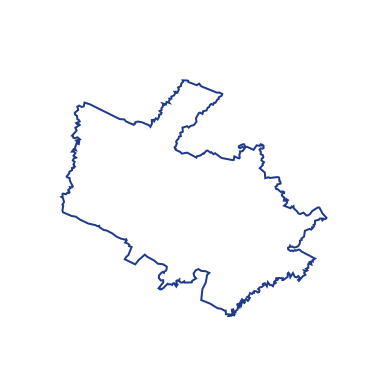 the district of Kota Depok, Jawa Barat, Indonesia, rotated 24°
{"feature_id": "22746128B73481124779947", "entity_name": "Kota Depok", "entity_type": "district", "adm_level": 2, "iso_a3": "IDN", "parent_name": "Indonesia", "parent_adm1": "Jawa Barat", "projection": "orthographic", "projection_center": [106.827, -6.388], "detail": "fine", "context": "isolated", "style": "outline", "palette": "blue", "viewbox_px": 384, "rotation_deg": 24, "n_neighbors": 0, "source": "geoboundaries", "source_scale": "gbopen_adm2", "svg_char_len": 6070}
<svg xmlns="http://www.w3.org/2000/svg" viewBox="0 0 384 384"><g transform="rotate(24 192 192)"><path d="M331.5,202.8L316.2,201.8L314.0,201.0L312.9,201.2L310.6,203.4L309.6,203.2L308.6,204.9L307.3,204.7L305.9,205.8L303.2,205.3L302.4,203.9L303.4,202.7L303.4,201.1L304.6,201.8L306.1,201.0L307.2,201.3L309.3,200.3L311.1,198.1L311.4,195.0L310.4,192.5L311.7,191.1L310.9,190.1L312.5,187.2L310.9,181.5L314.5,177.8L316.1,177.9L316.8,176.5L316.0,175.4L317.0,174.9L317.4,173.6L316.4,172.7L317.4,171.5L316.1,168.2L319.2,165.7L319.5,164.3L322.0,163.2L322.1,164.6L322.7,164.9L323.0,163.6L325.0,162.2L325.4,160.9L319.9,158.5L314.7,154.4L313.2,155.0L309.6,160.4L308.7,164.4L307.1,166.5L306.0,166.9L302.2,165.5L299.7,168.2L297.7,168.3L296.2,167.1L291.6,165.5L290.5,163.7L289.9,165.0L288.9,164.8L288.6,166.8L281.7,167.1L283.0,164.2L283.1,162.4L282.3,161.5L282.9,160.4L281.0,160.1L280.8,162.1L279.4,162.5L278.8,159.7L275.6,158.8L275.1,157.7L275.6,155.9L276.5,155.6L276.3,154.7L274.4,154.6L273.2,155.9L269.1,154.6L267.8,155.1L266.1,153.3L267.3,151.6L266.9,150.4L269.5,148.2L268.2,146.4L267.4,146.5L265.8,143.4L264.2,143.5L257.4,147.5L255.9,147.4L253.3,149.6L250.6,144.6L244.2,142.7L245.8,138.6L245.0,137.9L245.7,135.5L242.6,135.0L242.1,133.0L243.1,131.8L242.8,130.8L241.7,129.5L239.3,129.5L238.7,127.4L236.5,125.9L237.0,124.2L238.8,123.8L239.5,122.7L238.6,120.8L237.1,121.1L237.1,120.2L235.3,120.4L235.0,122.3L232.1,123.1L231.1,128.4L224.0,128.3L222.7,129.1L219.9,127.2L218.3,128.4L216.2,131.1L216.6,132.2L218.0,132.4L220.0,130.1L222.4,131.0L221.5,134.2L219.3,135.4L220.0,136.6L220.1,138.8L221.7,141.2L221.5,142.0L220.5,142.3L216.2,142.2L217.1,145.7L216.2,146.3L205.2,148.9L197.3,147.2L196.2,148.7L193.5,147.8L192.9,148.5L189.4,147.8L188.4,148.4L187.2,152.2L186.6,152.1L184.6,155.5L182.1,157.2L182.0,158.8L171.6,158.0L167.2,161.0L164.9,160.2L160.1,160.1L159.6,159.1L158.9,159.3L157.9,158.1L158.6,156.7L158.4,153.6L157.2,152.9L157.0,151.5L158.0,148.8L157.6,146.7L159.1,145.6L157.2,142.6L159.1,140.7L157.1,137.0L161.0,133.8L162.8,134.5L163.8,132.3L166.6,129.9L167.5,126.0L165.6,123.0L166.2,117.1L167.0,116.2L169.8,116.4L169.3,113.7L172.1,111.6L172.1,108.5L173.1,107.3L173.0,105.2L173.8,103.7L175.7,103.8L175.7,101.6L177.1,101.0L177.6,97.1L178.6,96.0L178.0,94.5L179.9,92.0L179.8,90.1L176.6,90.0L174.2,91.1L157.4,91.7L154.4,90.1L152.9,92.5L143.9,93.0L143.3,92.0L142.2,92.1L138.0,93.8L139.0,95.0L138.1,97.5L138.8,99.7L136.7,102.2L138.3,103.6L138.2,107.3L137.6,107.7L136.4,106.9L135.4,107.5L136.5,108.1L136.4,110.9L134.4,113.2L135.2,115.1L133.3,116.0L134.2,117.2L133.9,119.3L134.9,119.8L132.1,120.1L132.6,122.5L129.3,123.0L131.1,123.9L130.2,124.6L130.6,126.0L130.0,127.9L130.9,129.5L129.5,131.2L132.0,132.1L132.1,133.6L130.5,134.7L131.3,136.6L131.1,139.8L128.9,139.5L128.6,142.8L127.2,141.8L126.0,142.6L127.6,145.8L127.5,149.4L125.6,148.5L117.5,148.7L113.9,149.7L112.0,151.1L112.3,152.7L111.6,153.0L111.4,154.4L102.9,154.4L100.7,153.2L96.4,154.8L62.8,153.4L57.5,154.0L58.3,157.7L56.8,159.2L53.8,159.0L52.5,160.7L54.7,163.3L52.7,167.2L53.9,168.9L55.9,169.2L57.8,172.2L59.3,172.2L60.7,173.2L58.1,176.1L59.5,176.7L61.3,176.0L62.2,176.4L59.3,180.8L61.6,182.8L59.5,189.4L60.5,189.4L61.6,190.7L63.0,190.6L65.2,188.6L68.1,189.5L65.2,192.1L67.0,192.8L68.4,191.8L69.1,194.3L66.7,194.4L67.2,199.6L68.8,201.0L66.5,201.1L65.9,203.9L67.5,203.1L69.7,203.8L69.0,207.1L72.1,207.8L70.3,209.4L70.3,211.7L72.6,212.2L72.5,215.1L73.6,215.4L73.6,216.6L74.6,216.6L74.1,218.2L72.7,218.9L73.6,220.8L71.8,223.3L72.2,224.9L71.2,228.8L72.0,229.4L74.4,229.0L75.9,231.4L80.8,235.4L80.4,236.5L78.5,237.2L79.3,238.1L78.1,240.5L79.0,241.0L79.0,241.9L80.2,242.0L80.1,242.8L78.3,243.8L77.8,245.3L74.8,245.9L74.5,246.6L75.6,248.7L74.7,249.6L76.4,249.9L79.2,253.1L78.8,256.3L79.9,256.8L81.1,261.4L82.4,263.0L91.6,262.9L95.9,261.8L101.1,262.8L110.0,263.0L117.5,261.5L119.3,261.8L121.0,260.6L121.7,261.8L126.7,262.6L129.7,261.9L135.8,262.2L141.4,263.5L146.1,263.5L150.4,262.7L151.1,261.9L152.0,262.7L151.5,265.4L154.5,265.2L156.4,265.9L156.5,267.0L159.2,266.8L159.5,275.5L158.2,278.3L158.0,280.8L169.6,281.2L170.9,275.9L174.4,268.4L177.4,269.4L185.0,269.9L190.0,271.4L194.8,269.8L199.3,270.4L200.2,272.8L200.1,274.7L198.9,276.1L199.2,277.2L197.8,276.9L197.0,278.1L195.8,281.5L196.7,284.1L199.6,285.5L201.4,284.3L202.0,285.0L202.5,286.3L200.6,293.6L202.5,294.0L202.9,293.0L203.9,293.1L205.1,290.9L207.1,285.6L208.2,285.9L210.4,284.9L211.7,285.0L211.9,283.1L212.7,282.7L216.1,284.8L216.4,282.3L214.6,281.8L214.7,280.6L213.9,279.8L214.3,278.8L215.6,278.6L216.1,277.2L216.9,278.9L218.6,279.2L220.1,278.6L221.2,276.8L222.0,277.8L228.5,274.7L228.3,273.0L230.9,269.3L228.3,268.1L226.6,265.8L227.2,262.1L229.2,259.8L232.4,260.3L236.8,258.8L240.7,258.9L239.5,261.5L241.4,269.2L241.0,276.5L244.4,287.0L254.0,286.6L262.7,287.8L266.2,286.8L270.1,287.2L271.0,286.6L272.7,289.8L276.3,288.5L275.9,290.3L278.4,289.0L278.2,286.9L279.5,287.8L280.6,287.6L280.7,286.4L277.2,284.9L276.3,283.3L277.3,282.5L279.1,284.4L280.6,284.1L280.1,283.3L281.4,280.7L280.9,279.1L282.1,278.4L279.3,276.8L279.2,275.9L280.5,275.0L281.7,276.7L283.2,276.6L282.6,273.6L280.9,273.8L281.3,269.6L282.8,270.0L282.7,271.8L285.0,272.1L285.2,271.1L284.1,270.3L284.9,267.5L287.1,268.8L287.6,268.5L287.9,265.2L285.3,265.3L286.2,263.8L286.2,260.7L288.3,260.7L288.7,259.3L289.6,258.9L288.8,257.9L289.2,257.1L290.9,256.6L293.1,257.0L294.0,256.1L293.6,254.3L291.9,253.7L292.7,251.7L294.6,250.1L295.5,248.2L294.2,247.6L294.3,246.9L295.7,245.7L298.8,247.7L298.0,243.5L301.2,245.3L302.5,244.7L304.3,245.1L304.0,241.7L305.1,241.7L305.5,240.9L303.7,240.2L304.7,238.7L304.1,236.4L304.9,236.1L305.1,237.3L305.9,237.5L306.1,235.4L310.0,233.9L310.3,235.6L311.2,235.3L313.9,230.6L312.6,227.5L312.9,226.5L314.4,227.2L316.5,229.9L317.2,225.0L320.3,227.7L322.3,227.4L323.3,225.5L325.5,226.7L324.7,229.2L325.8,229.7L327.5,223.9L329.3,221.5L327.4,220.4L327.6,219.0L326.3,218.1L328.7,217.6L329.3,216.7L327.4,215.7L329.1,214.0L327.5,210.6L328.2,209.7L330.6,209.7L329.9,208.7L328.3,209.1L327.7,208.5L328.8,207.2L330.7,206.4L329.9,205.3L331.5,202.8Z" fill="none" stroke="#1e3a8a" stroke-width="2"/></g></svg>